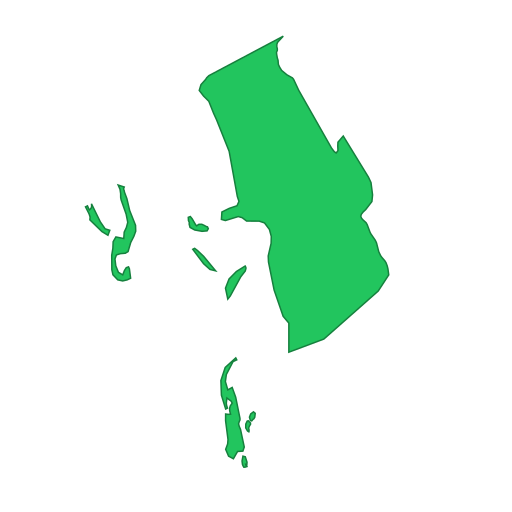 the border of Belize, rotated 153°
{"feature_id": "BLZ-1323", "entity_name": "Belize", "entity_type": "District", "adm_level": 1, "iso_a3": "BLZ", "parent_name": "Belize", "parent_adm1": "", "projection": "albers", "projection_center": [-88.107, 17.657], "detail": "fine", "context": "isolated", "style": "filled", "palette": "green", "viewbox_px": 512, "rotation_deg": 153, "n_neighbors": 0, "source": "natural_earth", "source_scale": "10m", "svg_char_len": 3375}
<svg xmlns="http://www.w3.org/2000/svg" viewBox="0 0 512 512"><g transform="rotate(153 256 256)"><path d="M270.4,155.4L257.2,181.3L259.2,189.9L255.3,217.5L247.6,245.0L245.1,250.5L236.8,260.4L233.5,266.5L232.0,273.6L233.4,281.6L237.3,285.6L248.5,291.4L250.9,296.4L253.9,299.2L267.2,301.5L270.2,304.3L266.4,310.7L258.2,310.6L250.1,309.4L246.4,312.4L245.6,317.6L232.4,361.5L229.3,395.3L229.0,402.3L227.8,415.3L230.1,422.3L231.3,428.7L231.4,429.3L227.2,433.7L220.7,436.2L219.0,437.2L216.1,438.1L131.9,439.5L139.0,436.9L140.0,436.4L140.7,435.7L141.4,435.0L142.5,432.9L142.8,431.3L143.3,430.2L143.9,429.2L144.7,428.8L145.3,428.1L146.0,426.4L147.1,422.8L147.5,420.4L149.1,416.5L149.2,413.4L148.9,409.7L146.2,403.4L142.7,398.2L142.3,396.4L142.7,384.4L142.7,384.2L139.7,317.9L138.9,313.4L137.8,311.4L135.1,312.7L133.2,316.9L131.3,320.2L123.8,323.3L120.0,275.2L120.2,269.2L124.4,257.5L128.0,251.9L137.3,247.5L140.5,246.6L143.1,245.4L144.6,243.9L144.8,241.8L144.4,240.0L142.8,235.7L142.7,233.4L143.6,225.5L143.6,223.6L142.6,216.1L142.6,214.3L142.7,212.8L144.7,204.0L144.8,199.7L144.5,197.7L143.4,193.3L143.2,190.9L143.6,187.5L144.3,184.6L146.3,178.9L163.0,169.3L233.2,151.2L270.4,155.4ZM350.5,133.4L352.5,133.4L350.0,147.7L343.8,161.0L334.0,170.7L320.3,174.4L320.3,172.2L323.6,172.3L324.6,172.2L336.2,163.9L340.3,158.0L341.9,149.5L336.9,149.7L338.2,139.4L344.0,118.6L344.7,117.2L346.2,116.0L347.7,114.4L348.3,111.8L348.5,108.6L353.2,91.1L356.3,88.1L361.2,90.2L368.2,85.6L371.3,90.1L370.8,97.5L366.6,101.4L364.3,105.1L357.9,123.0L354.8,129.0L352.6,127.5L350.5,126.6L349.7,130.1L348.5,132.5L346.7,134.3L344.0,135.7L344.0,137.9L346.4,142.7L349.3,138.3L350.0,136.3L350.5,133.4ZM377.8,293.1L381.6,293.2L386.1,294.3L390.0,297.5L392.0,304.2L390.7,309.2L384.2,322.2L380.0,327.9L376.8,333.6L372.2,336.6L365.9,331.6L362.6,337.1L358.6,340.2L355.0,344.2L352.7,352.3L350.7,367.2L350.0,369.6L348.3,373.0L346.9,377.1L346.6,381.8L342.1,377.3L343.3,376.2L343.7,375.1L343.8,373.9L344.2,372.7L345.0,365.7L347.9,353.9L349.4,338.0L351.9,332.7L356.0,328.9L361.5,324.9L368.0,318.0L371.2,317.8L375.9,319.7L379.9,320.3L383.0,317.4L385.4,310.9L386.0,303.9L383.3,299.7L379.8,302.8L376.9,304.5L374.5,304.2L374.6,302.1L377.8,293.1ZM272.4,247.5L279.0,244.4L297.0,232.1L300.7,230.4L297.8,241.2L290.4,247.8L280.5,251.1L270.2,252.0L270.2,250.5L270.6,249.5L272.4,247.5ZM374.6,345.3L378.5,341.7L382.2,347.7L387.6,363.6L386.1,366.1L385.6,369.4L385.6,377.2L383.4,377.2L383.6,373.8L383.4,372.7L381.6,373.3L380.4,374.2L379.6,375.5L378.9,377.2L379.2,357.1L378.1,348.7L374.6,345.3ZM292.9,302.5L298.8,307.0L301.8,311.4L301.1,314.7L300.2,316.2L300.1,318.2L298.8,321.2L296.6,321.0L296.0,318.2L295.6,311.3L295.2,309.8L292.6,310.2L289.9,308.9L288.1,306.6L287.0,304.9L286.0,304.0L286.1,302.0L288.2,300.6L292.9,302.5ZM298.7,261.1L303.1,264.9L306.2,272.9L309.3,290.7L307.2,290.7L305.6,287.4L302.8,279.5L298.7,261.1ZM361.5,72.8L362.7,73.3L362.8,74.7L362.7,76.4L361.5,79.7L358.5,83.6L356.7,82.0L357.6,76.4L358.8,74.4L359.8,75.2L360.0,74.5L359.5,73.0L359.6,72.5L360.7,72.7L361.5,72.8ZM332.9,111.8L334.7,111.0L335.7,112.0L335.0,115.4L332.4,117.7L329.0,118.3L328.1,116.2L330.3,112.9L331.9,111.9L332.9,111.8ZM342.2,102.6L343.0,103.9L343.2,107.5L341.4,110.9L338.8,112.9L337.7,112.7L337.2,111.0L336.7,109.7L337.3,108.5L338.9,107.6L340.6,106.1L341.1,104.3L341.7,103.1L342.2,102.6Z" fill="#22c55e" stroke="#15803d" stroke-width="1.5"/></g></svg>